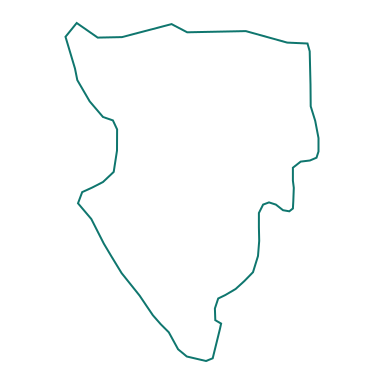 an SVG outline of Lipkovo
{"feature_id": "MKD-2920", "entity_name": "Lipkovo", "entity_type": "Statistical Region", "adm_level": 1, "iso_a3": "MKD", "parent_name": "North Macedonia", "parent_adm1": "", "projection": "albers", "projection_center": [21.587, 42.142], "detail": "fine", "context": "isolated", "style": "outline", "palette": "teal", "viewbox_px": 384, "rotation_deg": 0, "n_neighbors": 0, "source": "natural_earth", "source_scale": "10m", "svg_char_len": 917}
<svg xmlns="http://www.w3.org/2000/svg" viewBox="0 0 384 384"><path d="M76.7,23.0L97.7,37.6L122.0,37.1L171.6,24.1L174.2,25.5L187.2,32.3L245.8,31.1L287.2,42.6L307.5,43.5L309.7,51.3L310.5,84.8L310.7,106.3L315.2,120.8L318.5,138.1L318.5,151.5L316.5,157.7L309.9,160.5L300.7,161.6L292.9,167.7L292.9,180.6L293.8,187.9L293.3,201.2L292.9,208.5L289.3,211.3L283.0,210.2L275.9,204.6L269.0,202.4L263.1,204.6L258.9,213.0L258.9,227.0L259.2,240.9L258.0,256.0L253.0,272.2L244.3,281.1L235.6,289.0L225.2,295.1L218.2,298.5L214.9,308.5L215.3,320.2L221.1,323.6L220.0,328.7L212.7,358.3L206.0,361.0L186.8,356.5L178.1,349.3L168.8,332.3L160.8,324.3L152.9,315.3L146.8,306.3L139.6,295.6L121.6,273.1L111.3,256.2L103.8,243.6L91.3,219.0L78.0,203.3L82.2,192.1L92.1,187.6L103.0,182.0L113.7,171.9L117.0,150.6L117.1,129.4L112.9,120.4L103.0,117.0L89.7,101.4L77.3,80.1L75.0,68.6L65.5,36.8L76.7,23.0Z" fill="none" stroke="#0f766e" stroke-width="2"/></svg>